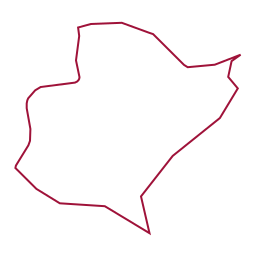 map outline of Bexley (Equal Earth projection)
{"feature_id": "GBR-2061", "entity_name": "Bexley", "entity_type": "London Borough", "adm_level": 1, "iso_a3": "GBR", "parent_name": "United Kingdom", "parent_adm1": "", "projection": "equal_earth", "projection_center": [0.138, 51.452], "detail": "fine", "context": "isolated", "style": "outline", "palette": "rose", "viewbox_px": 256, "rotation_deg": 0, "n_neighbors": 0, "source": "natural_earth", "source_scale": "10m", "svg_char_len": 538}
<svg xmlns="http://www.w3.org/2000/svg" viewBox="0 0 256 256"><path d="M149.2,32.8L153.1,34.1L184.0,64.9L187.7,67.2L214.8,64.7L240.6,54.7L231.6,61.1L228.2,76.9L237.8,88.4L219.9,118.0L172.7,155.9L141.0,196.4L149.5,233.2L104.8,206.2L59.8,203.3L36.4,188.9L15.4,168.0L15.9,165.6L28.4,145.3L30.0,140.8L30.4,129.0L26.7,108.2L26.7,103.4L27.3,100.4L28.2,98.3L35.2,90.3L40.7,87.0L75.0,82.6L77.2,81.5L78.6,80.0L79.2,78.8L79.5,77.2L76.0,60.4L79.2,36.0L78.1,27.5L90.9,24.0L121.8,22.8L149.2,32.8Z" fill="none" stroke="#9f1239" stroke-width="2"/></svg>